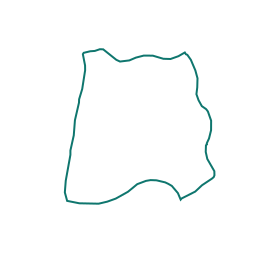 the district of Colotenango, Huehuetenango, Guatemala, rotated 157°
{"feature_id": "79465075B36067757797746", "entity_name": "Colotenango", "entity_type": "district", "adm_level": 2, "iso_a3": "GTM", "parent_name": "Guatemala", "parent_adm1": "Huehuetenango", "projection": "mercator", "projection_center": [-91.718, 15.443], "detail": "fine", "context": "isolated", "style": "outline", "palette": "teal", "viewbox_px": 256, "rotation_deg": 157, "n_neighbors": 0, "source": "geoboundaries", "source_scale": "gbopen_adm2", "svg_char_len": 931}
<svg xmlns="http://www.w3.org/2000/svg" viewBox="0 0 256 256"><g transform="rotate(157 128 128)"><path d="M212.5,84.7L202.2,77.7L184.6,69.8L175.8,68.3L166.9,67.8L153.0,69.3L141.4,72.7L132.1,72.3L127.5,71.2L122.2,68.7L115.0,63.4L112.7,60.8L110.3,57.6L107.5,48.6L107.5,41.5L106.1,42.2L91.0,43.2L82.2,46.4L70.5,48.6L68.3,49.3L66.9,50.7L65.4,54.5L67.1,68.5L65.8,75.6L63.0,81.6L61.7,82.1L61.5,83.1L57.5,86.7L52.4,93.5L48.6,102.3L48.0,112.0L48.7,114.8L51.5,119.3L52.2,126.0L51.8,132.4L48.4,138.3L44.6,146.6L43.5,154.7L43.5,166.2L44.8,172.2L45.9,173.3L46.2,175.3L53.5,174.4L61.9,174.9L68.4,177.9L76.9,184.9L85.2,188.5L93.2,189.7L100.4,189.7L109.4,192.3L112.1,195.3L120.1,210.1L123.1,211.5L128.4,211.9L132.8,213.4L139.4,214.5L140.7,213.6L143.1,202.3L144.9,197.9L154.9,181.8L161.8,173.5L163.2,170.5L173.8,155.9L180.8,142.4L189.8,129.8L191.5,125.8L205.9,103.8L211.3,93.4L212.5,84.7Z" fill="none" stroke="#0f766e" stroke-width="2"/></g></svg>